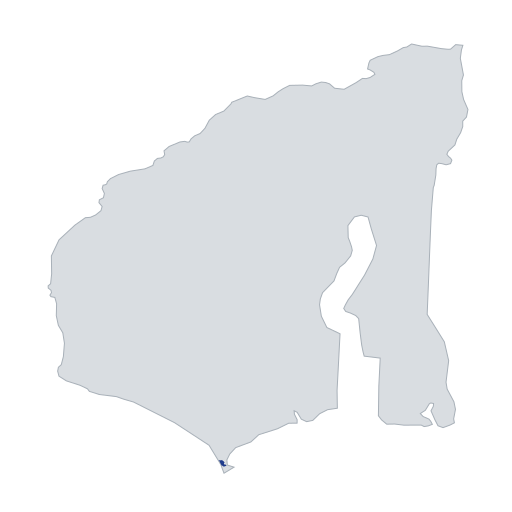 Guediawaye, Dakar, Senegal (highlighted), rotated 272°
{"feature_id": "50182788B55211093773925", "entity_name": "Guediawaye", "entity_type": "district", "adm_level": 2, "iso_a3": "SEN", "parent_name": "Senegal", "parent_adm1": "Dakar", "projection": "equal_earth", "projection_center": [-17.396, 14.772], "detail": "fine", "context": "in_parent", "style": "filled", "palette": "blue", "viewbox_px": 512, "rotation_deg": 272, "n_neighbors": 0, "source": "geoboundaries", "source_scale": "gbopen_adm2", "svg_char_len": 3896}
<svg xmlns="http://www.w3.org/2000/svg" viewBox="0 0 512 512"><g transform="rotate(272 256 256)"><path d="M408.8,226.4L415.6,241.7L414.2,249.0L412.8,259.7L416.6,267.5L421.0,272.6L424.2,277.3L427.7,283.7L428.4,296.5L427.9,305.7L430.2,309.9L432.1,315.2L431.8,319.6L430.6,323.5L426.4,328.7L425.7,338.3L432.7,349.9L437.2,356.2L437.1,359.9L438.4,363.8L441.7,368.5L443.7,367.4L445.9,363.6L446.8,361.0L452.8,362.1L455.6,363.3L459.5,370.9L460.9,376.0L461.9,382.3L465.9,390.3L469.4,395.9L470.1,399.4L473.3,404.1L471.4,414.6L471.7,420.0L469.7,434.1L469.3,440.8L469.5,443.2L474.2,448.2L473.8,455.4L469.0,454.1L460.7,453.3L444.1,457.0L438.4,455.5L427.4,456.0L419.7,458.0L409.8,462.7L402.2,461.5L398.0,457.9L392.6,458.1L386.4,456.2L379.8,452.6L373.9,450.9L367.4,444.4L364.3,443.2L362.2,444.9L360.5,447.1L358.6,448.4L355.1,447.2L353.8,442.8L354.8,438.5L355.1,435.3L353.5,433.5L349.6,432.9L343.2,432.9L332.9,431.6L330.6,430.8L307.6,429.7L283.9,429.5L263.7,429.4L238.2,429.3L220.3,429.2L203.6,429.1L190.8,437.8L176.8,447.2L158.1,452.2L136.5,450.3L129.6,451.7L122.4,455.9L117.2,458.9L109.7,460.7L100.1,459.2L96.2,460.1L93.8,455.8L91.0,448.9L92.7,443.8L98.6,440.5L107.4,436.3L112.0,438.5L114.8,438.6L115.2,435.8L114.4,434.4L107.7,430.6L104.3,425.7L101.4,428.6L99.0,434.6L96.9,436.4L93.9,438.1L92.2,434.0L91.4,430.0L92.8,427.0L92.1,409.7L92.9,400.5L92.5,392.5L96.6,387.2L100.6,383.9L116.0,383.6L130.4,383.3L144.2,383.5L158.3,383.7L159.7,367.6L164.1,366.3L170.8,364.7L183.2,362.7L197.0,360.8L200.0,357.7L202.3,352.3L203.7,347.6L206.6,345.5L210.4,347.1L215.5,349.7L220.8,353.5L226.9,357.1L230.9,359.4L240.6,365.1L257.1,372.9L270.7,376.1L287.1,370.3L298.9,366.6L300.4,359.7L298.5,353.0L289.6,346.8L277.6,347.5L274.0,349.1L268.4,351.2L265.0,352.0L259.4,350.6L252.2,345.2L247.6,339.9L241.3,337.3L233.8,334.8L221.7,323.8L215.4,321.8L209.5,321.2L198.1,323.4L187.0,329.3L181.2,342.7L170.0,342.5L146.4,342.1L124.6,341.7L106.7,342.6L104.9,332.9L100.6,325.1L93.7,318.5L92.2,312.4L94.5,307.0L101.2,302.6L102.7,299.5L99.2,299.9L93.9,302.8L90.4,302.9L90.0,294.5L84.1,283.5L77.5,265.0L70.0,257.4L63.8,242.4L57.2,236.7L51.2,234.0L46.1,234.6L44.2,241.4L37.8,231.6L46.5,228.0L65.2,215.7L86.6,180.4L105.8,138.7L108.3,128.8L110.6,121.4L112.1,104.3L114.9,94.2L117.4,92.2L120.7,84.5L124.6,70.8L129.0,63.3L134.0,61.8L137.9,62.4L140.6,65.2L148.7,67.0L162.1,67.6L172.5,65.6L179.8,60.9L189.4,58.5L201.3,58.4L207.6,56.4L208.2,52.5L209.7,51.4L212.2,52.9L214.6,52.3L216.7,49.5L218.9,49.3L221.1,51.7L231.1,52.4L248.9,51.5L265.3,58.6L280.5,73.9L288.3,84.1L288.9,89.2L291.4,94.3L295.9,99.5L300.1,100.5L303.8,97.2L306.7,97.5L308.9,101.5L313.2,102.3L318.0,99.9L321.4,100.7L322.0,103.1L322.8,104.3L325.1,104.9L328.3,107.9L332.7,116.0L336.4,127.4L339.2,141.9L342.9,149.8L347.4,151.1L350.1,154.1L350.6,157.5L351.9,159.9L354.1,161.2L357.9,160.4L362.4,165.3L367.3,176.0L368.1,180.8L367.4,183.4L367.7,185.3L370.9,187.1L374.0,190.6L376.5,195.9L381.8,200.5L390.1,204.6L396.0,210.7L399.7,218.8L407.2,225.7L408.8,226.4Z" fill="#d9dde1" stroke="#a8b0b8" stroke-width="1"/><path d="M45.7,232.6L45.8,232.5L45.8,232.4L45.8,232.1L45.8,231.8L45.8,231.6L45.8,231.3L45.9,231.2L46.0,231.0L46.1,230.9L46.3,230.8L46.3,230.7L46.5,230.6L46.6,230.4L46.8,230.4L47.0,230.2L47.2,230.3L47.3,230.5L47.5,230.5L47.6,230.4L47.7,230.2L47.8,230.2L48.0,230.2L48.2,230.4L48.4,230.4L48.5,230.5L48.7,230.4L48.9,230.4L48.9,230.2L48.9,230.3L49.0,230.2L48.9,230.2L49.1,230.0L49.1,229.9L49.1,229.7L49.3,229.5L49.5,229.5L49.6,229.4L49.8,229.1L50.0,228.7L50.0,228.4L49.9,228.1L49.8,227.8L49.8,227.4L49.7,227.5L49.4,227.6L49.2,227.8L48.8,227.9L48.7,228.0L48.4,228.2L48.2,228.2L48.1,228.3L47.8,228.4L47.8,228.5L47.6,228.5L47.4,228.7L47.2,228.8L46.8,229.0L46.6,229.1L46.4,229.3L46.2,229.4L46.0,229.5L46.2,230.0L45.9,230.3L45.7,230.5L45.3,230.8L45.3,231.4L45.3,231.6L45.4,231.8L45.4,232.0L45.5,232.1L45.6,232.3L45.7,232.6L45.7,232.6Z" fill="#3b82f6" stroke="#1e3a8a" stroke-width="1.5"/></g></svg>